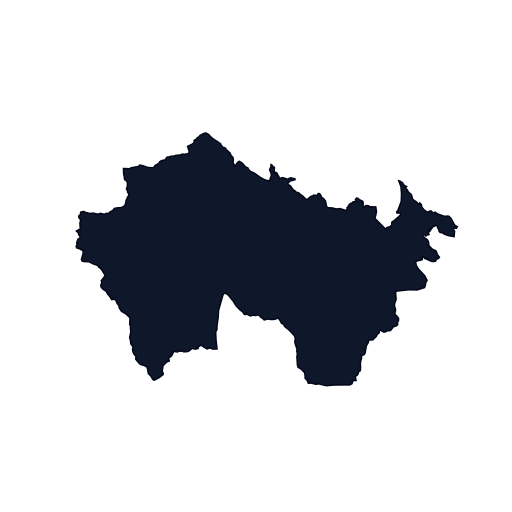 Hoa Vang, Quàng Nam, Vietnam, rotated 313°
{"feature_id": "81297802B86432819232797", "entity_name": "Hoa Vang", "entity_type": "district", "adm_level": 2, "iso_a3": "VNM", "parent_name": "Vietnam", "parent_adm1": "Quàng Nam", "projection": "equal_earth", "projection_center": [108.008, 16.067], "detail": "fine", "context": "isolated", "style": "filled", "palette": "ink", "viewbox_px": 512, "rotation_deg": 313, "n_neighbors": 0, "source": "geoboundaries", "source_scale": "gbopen_adm2", "svg_char_len": 6155}
<svg xmlns="http://www.w3.org/2000/svg" viewBox="0 0 512 512"><g transform="rotate(313 256 256)"><path d="M367.0,290.0L365.1,290.2L364.5,291.9L361.5,290.0L359.8,290.1L359.1,289.3L358.3,289.2L356.0,289.2L354.4,289.9L353.4,289.6L352.5,290.6L350.8,291.0L347.9,285.0L345.3,282.8L343.1,278.9L340.2,275.5L340.2,274.3L340.8,273.2L343.6,269.3L344.1,266.2L343.7,263.8L344.9,261.2L344.7,259.3L343.8,258.9L342.2,259.6L339.8,256.6L338.8,256.6L337.1,255.5L331.6,254.8L331.7,249.4L331.2,245.0L331.4,244.2L330.1,241.8L330.2,239.7L329.8,239.8L329.6,239.1L330.8,233.1L330.2,231.0L330.4,229.8L333.9,229.7L338.4,232.5L339.0,231.9L336.9,228.1L335.3,227.2L334.0,227.3L331.5,222.0L328.3,220.0L329.6,218.8L329.9,217.8L329.5,216.3L330.5,216.1L330.9,214.6L330.7,213.4L329.2,213.1L328.9,212.1L330.3,211.7L331.7,210.1L333.0,209.6L333.4,208.7L333.0,207.2L333.4,205.4L333.1,204.6L331.4,206.1L328.4,207.0L326.5,211.1L324.6,212.8L323.4,213.0L320.0,214.9L319.5,213.3L318.7,212.7L317.5,209.7L316.4,205.4L315.5,198.4L314.7,195.9L314.2,195.5L314.2,191.5L314.9,189.9L314.0,187.9L314.6,182.4L313.8,179.1L311.7,178.7L307.5,179.4L308.4,175.8L311.1,173.7L312.4,172.0L312.5,169.4L313.6,166.7L313.5,162.7L314.0,159.8L313.7,159.0L313.0,158.8L313.0,157.8L313.3,154.9L314.0,153.3L313.5,152.5L313.6,150.9L312.4,144.6L312.3,140.8L312.6,138.8L311.8,135.4L309.2,133.8L307.7,133.7L306.5,132.8L304.2,133.0L302.3,132.3L301.2,132.8L298.3,131.9L297.0,133.3L294.7,133.2L289.5,131.2L286.8,135.9L285.9,136.5L284.5,136.5L282.1,134.8L280.1,132.5L278.2,131.7L274.8,128.6L272.8,127.7L272.1,126.8L270.0,125.1L269.1,124.9L267.7,123.5L265.9,123.6L264.9,124.3L260.9,121.6L260.0,121.9L259.1,121.2L258.2,121.9L253.1,120.4L250.6,120.9L246.9,116.4L245.1,112.1L243.2,108.9L241.5,109.1L235.4,104.5L233.7,104.1L229.6,99.4L225.3,103.7L224.6,105.1L222.8,107.0L222.3,108.1L222.6,110.1L222.1,111.8L219.5,114.2L216.6,115.6L215.8,118.0L215.0,118.8L214.7,120.6L213.2,121.6L210.5,122.2L209.9,122.9L208.8,122.8L207.5,123.4L205.7,124.8L204.5,125.0L204.1,125.9L199.8,124.7L196.4,121.5L194.2,120.0L191.1,120.2L189.4,119.3L186.8,119.2L184.8,117.2L183.1,116.8L181.4,113.6L180.8,112.9L178.9,112.0L176.1,107.4L173.9,105.7L171.6,101.5L171.1,99.6L168.5,97.9L166.4,99.4L165.2,99.0L164.2,99.2L163.2,100.4L163.0,102.5L162.6,103.3L159.9,104.8L156.0,109.0L151.8,107.6L151.7,110.6L150.7,111.6L150.3,113.9L149.4,114.9L146.6,114.4L143.3,115.9L142.1,117.4L140.2,118.0L139.7,119.5L141.0,122.2L141.9,125.9L140.0,127.8L134.5,130.6L133.7,132.2L134.5,133.9L137.9,137.8L139.2,142.3L140.9,146.2L141.1,147.2L140.6,148.3L140.9,150.6L140.5,153.5L138.8,159.1L132.4,159.7L131.3,161.5L128.7,162.4L127.6,164.0L127.4,167.0L128.0,170.6L126.8,174.0L127.0,174.9L125.7,180.2L127.6,181.8L128.0,182.9L127.8,184.3L126.7,186.5L126.1,189.8L124.9,191.1L123.8,195.4L124.9,200.1L124.9,205.5L123.9,206.9L119.9,210.2L118.9,212.4L117.7,213.2L115.5,215.9L110.0,219.4L108.8,221.5L106.4,224.3L105.6,228.2L103.6,229.3L102.0,231.3L100.9,234.1L100.8,236.7L98.5,238.4L97.8,244.0L98.0,245.7L99.6,248.8L100.4,251.4L99.9,253.0L96.5,257.6L96.6,260.5L95.4,264.6L95.5,266.0L96.9,266.7L100.9,268.1L106.0,268.9L106.8,268.2L107.9,265.9L112.4,262.8L117.6,263.0L120.0,264.2L121.8,261.7L125.3,262.4L130.2,261.0L132.3,264.1L133.9,263.9L134.4,265.4L136.1,266.8L136.7,268.6L139.4,271.1L140.5,271.7L144.8,272.3L146.7,275.4L148.9,276.7L149.5,276.4L150.1,275.3L151.9,276.4L153.7,276.1L153.6,278.9L154.7,283.7L157.2,284.8L158.5,287.9L161.4,290.9L168.1,283.2L173.0,278.3L175.4,277.7L178.7,274.8L185.2,270.3L190.7,265.7L205.4,258.2L207.9,258.4L208.5,262.5L207.4,270.2L205.9,275.6L205.7,280.7L206.0,284.4L205.4,286.7L205.7,288.0L207.1,288.8L208.4,292.9L210.8,294.2L212.3,296.5L214.0,297.1L214.8,299.7L214.4,301.6L214.9,302.9L214.8,305.6L217.8,307.5L220.3,310.9L222.7,313.1L225.8,314.3L225.1,318.2L224.2,320.4L224.8,322.7L224.0,325.1L224.4,331.1L223.9,337.6L223.5,339.4L222.0,341.5L220.3,342.4L218.8,344.0L215.8,349.6L214.3,350.6L212.8,352.8L210.0,354.8L204.4,360.8L203.3,362.7L204.1,365.9L203.8,371.2L201.6,373.9L200.1,375.2L200.0,378.1L198.6,381.1L200.5,382.7L203.1,387.4L205.2,389.0L209.2,396.0L214.7,400.9L225.8,412.6L228.2,413.3L230.0,412.2L231.2,412.2L233.2,414.1L235.7,410.6L237.5,411.3L239.2,411.1L241.3,410.0L243.1,410.5L245.1,409.1L249.3,405.0L253.5,402.7L254.6,401.2L257.8,402.3L259.2,402.1L265.7,397.9L269.1,397.2L271.1,396.1L271.8,396.1L274.2,398.6L279.2,398.8L281.9,398.0L283.8,398.5L284.3,397.7L286.5,397.3L287.5,401.4L288.8,402.4L291.0,403.2L293.2,405.2L296.6,404.9L297.1,404.4L300.9,406.4L302.7,406.3L303.7,404.8L305.9,404.3L307.5,402.9L308.1,400.7L308.2,397.0L311.8,394.9L314.0,391.3L315.4,390.0L319.8,388.1L325.4,382.1L335.2,390.5L341.2,397.1L347.9,400.8L351.2,399.2L351.6,398.5L354.9,397.7L356.6,392.9L357.3,383.6L357.9,381.2L358.3,379.9L360.4,376.8L362.1,377.1L366.4,380.0L366.9,379.9L368.8,378.2L369.5,378.5L369.3,381.4L370.3,381.7L370.0,383.1L370.5,383.6L370.8,385.4L372.2,388.8L374.6,390.9L376.5,390.2L378.8,391.1L380.2,391.0L380.7,387.8L382.5,384.1L381.3,380.6L381.4,376.0L382.1,374.5L383.8,372.9L384.8,370.2L384.3,367.6L384.5,363.8L386.2,363.8L386.6,365.4L386.3,366.3L386.5,366.5L388.2,366.9L389.6,367.9L389.9,367.8L390.1,366.1L393.3,366.2L393.3,364.4L393.6,364.3L394.6,364.3L395.0,365.9L399.0,365.4L399.3,366.1L401.6,367.1L401.8,368.1L400.7,369.2L399.8,372.0L398.9,373.0L398.8,374.5L400.0,376.5L400.4,377.4L400.3,378.6L402.1,382.8L405.3,387.7L409.7,384.2L410.0,382.0L411.3,381.6L413.0,383.7L414.8,383.2L414.2,381.3L414.2,379.7L416.5,373.1L416.6,370.0L415.9,368.9L413.8,367.0L413.0,365.6L410.6,360.0L410.2,357.0L408.1,356.5L408.4,354.6L408.3,353.2L407.3,352.4L405.1,351.7L404.4,348.6L404.5,345.4L405.5,342.8L406.4,342.0L406.5,339.6L405.5,340.0L404.8,339.7L405.0,337.0L404.3,331.7L406.8,328.1L406.8,322.0L407.5,322.0L407.8,318.2L409.4,318.8L408.7,315.4L409.5,313.5L409.0,310.3L408.4,309.0L405.5,314.8L400.7,320.0L395.0,325.0L386.0,328.7L384.2,328.7L383.6,330.0L386.0,332.3L384.4,333.7L375.8,332.9L374.1,332.3L373.1,332.4L371.5,334.1L368.8,334.0L365.7,332.2L364.0,332.8L364.6,317.3L370.4,314.1L373.6,310.1L369.8,305.8L369.3,303.8L367.8,301.9L365.0,301.9L366.6,299.1L368.1,298.1L368.8,296.7L367.7,293.0L367.7,291.2L367.0,290.0Z" fill="#0f172a" stroke="#020617" stroke-width="1.5"/></g></svg>